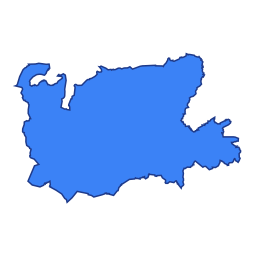 Maravatío, Michoacán, Mexico (Robinson projection)
{"feature_id": "50627088B79499737660914", "entity_name": "Maravatío", "entity_type": "district", "adm_level": 2, "iso_a3": "MEX", "parent_name": "Mexico", "parent_adm1": "Michoacán", "projection": "robinson", "projection_center": [-100.367, 19.89], "detail": "fine", "context": "isolated", "style": "filled", "palette": "blue", "viewbox_px": 256, "rotation_deg": 0, "n_neighbors": 0, "source": "geoboundaries", "source_scale": "gbopen_adm2", "svg_char_len": 5754}
<svg xmlns="http://www.w3.org/2000/svg" viewBox="0 0 256 256"><path d="M111.0,69.4L108.1,69.8L105.9,68.2L101.0,66.1L100.0,66.9L99.3,66.8L101.4,69.3L101.6,71.4L101.2,71.9L99.2,72.2L97.4,71.3L97.0,71.5L96.7,72.3L97.1,74.3L95.1,76.3L91.5,78.4L89.8,78.7L89.5,79.5L88.0,79.5L86.7,80.2L81.7,85.3L77.6,85.4L75.8,84.4L74.8,84.7L74.2,85.8L75.0,86.9L75.0,88.2L74.2,95.2L72.1,96.4L71.9,98.8L71.1,98.8L68.8,104.4L68.7,105.5L69.0,105.9L69.3,105.8L69.7,107.1L69.8,110.0L66.8,109.5L66.3,108.9L64.7,109.1L61.0,107.3L62.1,101.4L61.7,99.0L63.3,98.2L64.3,97.1L64.7,96.0L64.9,91.5L64.7,89.3L66.1,80.4L65.3,75.1L63.3,73.8L61.2,75.0L59.1,75.1L58.8,74.5L58.5,74.7L57.5,76.0L61.6,76.5L62.3,77.3L62.2,78.3L58.2,81.2L56.9,83.3L55.0,83.7L54.3,84.5L53.2,84.6L53.0,85.3L50.3,85.4L48.3,84.4L47.9,84.6L45.9,80.9L45.1,80.8L44.7,80.2L44.0,80.6L43.5,80.3L43.4,80.8L42.8,80.6L41.9,81.4L41.6,81.1L39.3,82.9L38.5,84.7L37.3,85.5L36.4,85.7L34.8,84.7L34.3,85.5L33.2,85.2L31.8,86.2L29.9,85.1L30.0,82.4L29.5,81.6L30.1,80.0L32.9,76.9L36.7,74.6L39.5,74.2L41.8,74.4L44.3,75.2L44.8,74.9L46.3,73.0L46.7,71.3L48.7,69.7L48.2,69.5L48.6,69.2L48.5,68.6L49.7,68.2L49.1,64.1L46.2,64.3L38.8,63.3L35.4,64.0L28.5,64.2L29.2,65.3L26.9,66.3L26.5,67.3L25.1,67.8L23.1,69.6L19.7,76.6L17.4,84.3L16.5,85.5L15.4,85.9L21.7,87.4L22.3,88.1L22.6,89.3L21.0,92.9L22.7,95.3L23.0,96.9L22.4,97.5L23.5,99.9L24.1,100.5L25.0,100.3L25.4,101.2L28.2,102.6L28.3,103.7L29.0,104.8L28.3,109.4L28.2,113.4L30.6,118.6L29.7,118.6L29.1,120.7L27.2,121.0L26.8,120.7L24.3,122.0L24.2,124.5L22.7,128.8L22.6,131.6L23.1,132.4L24.2,132.6L24.0,133.2L24.7,135.2L26.0,137.3L25.9,141.9L26.7,145.4L29.4,147.3L29.7,148.4L31.1,149.2L30.1,153.0L30.4,155.4L29.8,155.7L29.9,156.8L30.8,157.8L34.2,159.1L38.8,164.4L34.5,165.8L28.0,181.2L32.2,185.0L40.0,186.9L43.7,185.2L44.5,183.6L45.2,184.0L45.3,183.0L46.5,183.2L47.1,182.3L47.8,182.5L49.9,181.2L50.3,184.7L49.6,186.1L50.5,186.7L50.2,187.0L56.1,190.2L61.7,193.9L64.8,198.5L66.4,199.5L67.1,202.3L72.0,197.8L77.2,191.4L88.1,193.6L88.2,194.7L91.4,195.4L93.8,197.0L102.0,194.8L104.6,193.9L104.9,193.3L105.8,193.1L105.7,193.5L107.1,193.5L107.1,194.0L108.0,193.9L107.9,193.5L109.3,193.6L109.2,194.2L113.6,195.4L117.0,191.1L118.1,190.6L118.9,187.5L120.4,186.0L120.6,185.0L121.5,185.1L121.9,183.9L122.3,184.0L129.4,179.4L134.9,178.9L135.4,177.9L136.9,178.6L137.5,178.4L140.0,179.0L139.9,178.2L142.6,177.5L142.6,177.2L144.1,177.7L144.0,176.8L144.5,176.6L144.5,177.7L145.6,178.8L147.9,177.4L148.8,175.2L148.5,174.9L149.1,173.9L149.9,174.4L154.8,175.0L155.0,176.0L155.4,176.1L156.7,176.3L156.9,175.7L157.4,175.6L161.2,175.4L162.4,177.8L165.5,180.0L165.7,180.9L165.2,182.6L165.8,183.3L167.8,183.3L169.7,181.7L173.9,182.6L175.6,181.0L176.4,180.9L177.0,182.7L177.4,182.6L177.5,183.9L178.2,183.9L178.3,184.4L178.6,184.4L178.7,185.0L181.2,188.2L181.6,186.7L183.4,185.3L183.7,184.4L182.9,181.9L183.5,180.4L183.4,178.3L182.9,177.4L183.4,173.5L182.9,170.9L184.1,168.3L185.0,168.6L187.3,167.1L190.6,167.3L190.9,166.4L192.7,165.6L192.8,164.5L193.8,164.6L193.5,163.4L194.6,161.4L195.4,161.1L202.9,167.2L203.9,166.5L205.8,166.4L209.3,169.7L212.5,168.5L212.8,167.9L212.5,167.3L215.5,167.5L218.3,165.8L220.0,162.3L220.1,160.4L221.8,160.9L221.8,161.3L223.9,162.3L224.3,163.3L227.2,164.6L227.3,165.4L228.6,165.2L228.6,163.7L229.4,162.8L232.4,162.5L233.4,161.2L234.0,159.3L234.5,159.3L234.9,158.0L234.8,159.1L236.0,161.0L236.9,161.3L238.1,162.3L239.1,160.7L240.1,158.2L239.3,157.4L239.1,153.7L240.6,151.9L240.5,150.4L239.5,149.6L239.6,148.6L238.7,147.2L236.1,147.4L236.9,146.2L235.9,146.3L234.4,145.5L231.9,143.6L231.5,142.4L233.1,142.4L235.0,141.5L235.7,141.8L236.8,141.1L238.2,141.1L238.4,138.4L235.1,137.1L233.5,136.9L223.2,136.9L222.8,134.8L223.0,133.7L222.5,133.9L222.5,133.3L221.8,133.0L221.8,132.8L223.0,133.1L223.6,131.9L223.6,131.2L223.0,130.4L223.3,129.6L222.5,128.4L223.2,127.4L228.6,124.7L230.5,122.9L230.8,121.5L229.8,121.2L229.6,120.0L228.2,119.3L226.9,119.9L226.6,119.6L225.6,120.6L225.3,120.1L225.0,120.7L220.2,123.0L220.2,123.8L217.7,123.9L215.3,122.3L215.0,122.5L214.1,120.9L214.1,119.6L213.4,119.7L214.6,119.1L214.7,117.3L210.8,119.7L210.2,120.8L208.8,121.4L208.1,121.0L207.6,123.3L206.3,123.1L205.4,123.9L205.4,124.2L204.3,124.1L204.6,125.3L202.1,125.0L202.3,126.0L198.3,128.0L198.0,129.3L198.5,129.9L197.7,130.0L197.6,129.3L196.9,129.5L196.9,130.5L195.3,130.8L195.1,131.6L193.7,131.9L190.8,129.9L190.5,129.2L191.3,129.3L190.8,128.5L190.1,128.0L189.7,128.4L189.1,127.6L189.9,127.7L189.1,126.0L185.5,126.4L185.2,124.4L183.6,124.0L183.3,122.2L182.9,121.6L182.2,122.1L181.0,120.5L181.5,120.2L181.6,118.8L182.6,118.6L182.5,117.6L183.6,116.0L183.3,114.1L184.1,114.3L185.3,113.8L184.8,113.1L185.2,112.1L185.0,110.7L185.4,108.8L186.2,108.0L188.5,107.4L187.3,105.4L187.6,103.6L189.1,101.9L189.3,100.4L189.8,99.9L189.5,97.9L191.2,96.8L193.2,96.3L195.7,94.1L196.0,93.4L195.6,92.0L195.7,90.8L197.0,89.1L197.0,87.6L199.8,86.0L201.5,84.1L201.0,82.5L200.9,80.6L201.4,79.5L201.1,79.0L202.6,76.6L203.3,77.0L204.4,74.9L203.1,74.4L203.8,73.7L203.8,73.2L203.4,73.3L202.5,71.6L202.3,70.5L202.6,69.0L201.9,68.3L202.1,67.3L203.1,67.2L203.0,66.1L202.2,65.9L201.9,65.2L202.4,64.3L202.3,63.0L202.9,62.0L201.9,60.8L201.9,60.0L200.9,60.0L201.1,58.7L200.2,58.2L199.1,56.7L198.9,57.1L197.1,56.9L195.0,56.2L194.3,55.3L189.9,54.5L188.3,54.4L188.0,54.8L187.3,54.1L186.3,53.7L186.1,55.8L185.1,56.4L183.1,57.4L181.8,57.6L181.7,57.1L179.9,57.5L179.7,58.5L179.0,59.1L174.0,61.3L172.8,60.9L172.8,60.3L171.0,60.7L169.8,59.7L169.6,58.3L168.6,58.1L167.8,59.0L167.7,60.1L165.9,63.2L164.3,64.7L163.3,66.5L162.7,66.0L155.5,65.8L155.5,65.3L142.4,65.9L140.1,66.3L132.5,69.1L129.9,66.8L127.6,67.9L124.1,68.0L121.7,68.9L120.0,68.1L118.2,68.2L115.6,69.5L114.3,69.7L113.3,69.7L113.1,69.3L111.5,70.1L111.0,69.4Z" fill="#3b82f6" stroke="#1e3a8a" stroke-width="1.5"/></svg>